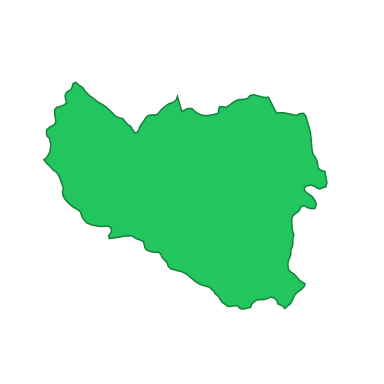 the district of Ribeirão Preto, São Paulo, Brazil, rotated 74°
{"feature_id": "56859067B67302806086523", "entity_name": "Ribeirão Preto", "entity_type": "district", "adm_level": 2, "iso_a3": "BRA", "parent_name": "Brazil", "parent_adm1": "São Paulo", "projection": "mercator", "projection_center": [-47.819, -21.215], "detail": "fine", "context": "isolated", "style": "filled", "palette": "green", "viewbox_px": 384, "rotation_deg": 74, "n_neighbors": 0, "source": "geoboundaries", "source_scale": "gbopen_adm2", "svg_char_len": 3556}
<svg xmlns="http://www.w3.org/2000/svg" viewBox="0 0 384 384"><g transform="rotate(74 192 192)"><path d="M272.0,110.5L269.3,109.2L266.9,108.6L264.1,107.7L261.1,105.9L257.8,106.0L254.8,105.9L252.6,105.3L250.2,104.8L247.8,104.3L244.6,103.2L242.3,101.1L241.3,98.5L240.1,95.4L238.7,93.3L236.4,91.6L235.9,87.9L238.8,85.4L240.7,82.4L241.8,78.5L239.3,76.5L236.9,75.8L233.4,76.3L229.6,77.7L227.0,79.7L223.8,82.5L220.2,83.5L217.8,81.2L218.1,75.9L220.4,72.5L222.8,70.6L224.3,68.7L223.9,65.7L224.0,62.1L220.5,59.8L217.0,59.4L213.1,59.1L209.0,58.5L206.3,62.5L203.6,64.0L201.0,63.8L197.2,63.2L193.7,63.7L191.1,64.4L188.8,65.2L186.3,65.1L182.7,64.7L178.0,63.7L174.6,63.0L171.0,62.4L166.9,61.7L162.3,61.6L157.3,61.7L154.0,61.8L150.6,61.6L147.1,63.0L146.3,67.4L147.2,70.5L145.5,73.7L143.7,76.9L142.0,80.2L140.5,83.6L139.9,86.3L139.2,89.1L122.0,92.4L121.1,96.1L119.7,98.9L118.0,101.6L116.8,103.9L115.3,106.4L115.3,109.7L117.5,112.9L117.1,117.0L116.0,121.8L116.5,125.5L117.6,129.0L119.1,132.6L120.0,135.5L118.6,138.8L117.6,142.1L120.3,143.8L123.4,144.7L123.5,148.0L123.4,151.4L123.0,154.7L121.9,159.4L119.1,163.8L115.5,166.9L111.7,169.1L110.6,173.2L111.1,176.1L111.8,179.6L106.6,179.6L96.0,179.6L98.8,181.5L100.2,183.9L100.7,186.7L100.8,190.0L101.7,192.7L102.7,195.0L104.0,198.2L106.1,201.2L107.9,204.1L107.4,207.5L106.5,210.6L106.6,213.6L107.8,215.9L110.2,218.5L112.7,221.6L114.8,224.0L119.4,227.6L119.5,230.6L116.2,231.8L111.4,233.0L109.5,235.3L106.9,236.4L102.7,238.1L100.3,241.9L97.9,244.8L94.2,246.6L90.6,248.8L86.3,251.4L83.9,253.4L81.9,255.3L79.0,258.1L76.1,260.0L74.0,261.6L71.5,263.7L67.9,265.8L64.8,267.3L61.5,268.2L59.7,269.9L57.5,271.7L54.5,273.3L55.1,276.6L57.8,278.1L59.9,279.7L60.7,282.2L61.6,285.1L64.1,287.4L66.9,287.8L71.7,287.9L73.2,291.5L73.4,296.0L73.4,298.9L75.1,301.4L77.9,302.0L80.8,302.8L84.5,303.0L86.8,303.6L89.2,305.5L90.4,310.9L92.2,314.5L95.9,315.9L98.3,315.9L100.9,314.4L103.7,314.4L107.9,314.6L111.0,316.1L113.9,317.3L116.4,319.7L118.7,322.0L120.2,325.5L124.2,323.9L127.9,321.4L130.6,320.5L132.9,319.2L134.7,317.5L137.4,316.2L140.0,315.5L143.8,315.1L147.9,314.9L150.5,314.7L153.2,314.6L156.2,316.5L160.0,316.9L162.9,316.4L165.5,315.4L168.3,313.9L170.6,312.6L173.8,310.3L176.1,308.0L177.9,306.4L180.4,304.7L183.8,304.6L187.2,304.2L189.6,303.2L192.8,301.6L195.7,297.9L197.5,294.6L198.8,291.9L200.1,289.1L200.8,285.4L201.7,281.8L203.7,280.1L207.1,279.9L209.1,281.6L211.2,284.3L214.0,284.3L214.6,280.4L215.1,276.3L215.6,272.3L215.7,268.2L216.9,265.7L217.0,262.7L219.3,260.3L221.4,258.6L223.9,255.0L226.3,252.4L229.4,252.4L232.4,252.6L234.8,252.0L236.4,250.3L238.4,247.3L239.7,244.2L240.5,240.8L243.5,239.0L246.0,239.0L249.9,237.1L253.3,235.5L257.4,235.2L260.4,233.1L262.1,229.9L263.7,227.7L264.9,225.2L266.7,222.8L268.7,220.7L271.1,218.6L273.2,217.4L275.1,215.9L277.8,214.4L279.8,212.8L282.3,210.4L284.4,207.7L286.3,204.7L288.4,201.3L291.2,200.0L293.4,198.3L296.3,197.8L298.4,196.1L300.5,195.0L303.6,194.5L306.8,193.1L309.2,191.1L311.7,189.1L312.6,186.7L313.0,183.0L314.1,179.3L316.8,178.3L318.4,176.1L318.8,173.2L318.9,170.0L319.1,167.4L316.4,165.7L314.4,162.0L313.7,159.4L314.2,156.5L315.2,152.6L315.2,148.4L314.6,145.0L316.6,142.3L319.7,140.4L323.3,140.3L324.9,138.2L326.7,136.2L329.5,135.0L327.8,131.2L326.4,127.9L323.6,125.3L319.8,122.2L318.0,119.6L316.9,116.8L315.9,113.8L313.7,110.1L311.5,108.6L309.5,110.4L306.8,112.8L303.6,114.3L300.7,115.6L298.7,116.8L296.3,118.9L293.7,120.4L291.2,120.4L287.7,119.7L285.0,118.5L282.5,116.6L280.3,114.8L277.7,113.8L274.9,112.8L272.0,110.5Z" fill="#22c55e" stroke="#15803d" stroke-width="1.5"/></g></svg>